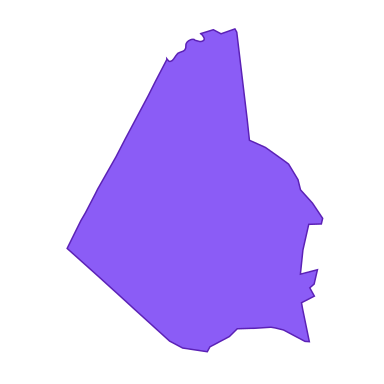 outline of Orange, New York, United States of America, rotated 86°
{"feature_id": "52423323B72877265814635", "entity_name": "Orange", "entity_type": "district", "adm_level": 2, "iso_a3": "USA", "parent_name": "United States of America", "parent_adm1": "New York", "projection": "orthographic", "projection_center": [-74.423, 41.388], "detail": "fine", "context": "isolated", "style": "filled", "palette": "violet", "viewbox_px": 384, "rotation_deg": 86, "n_neighbors": 0, "source": "geoboundaries", "source_scale": "gbopen_adm2", "svg_char_len": 1087}
<svg xmlns="http://www.w3.org/2000/svg" viewBox="0 0 384 384"><g transform="rotate(86 192 192)"><path d="M338.8,164.8L331.6,156.4L332.1,142.9L332.3,139.5L332.4,122.7L333.4,118.5L336.0,110.4L348.9,89.7L349.5,85.4L316.6,89.8L310.1,90.5L304.4,77.2L295.8,81.2L292.4,76.6L278.3,72.3L281.5,89.6L257.6,85.4L232.4,77.8L232.9,65.2L227.4,63.5L211.5,72.6L197.4,83.6L187.1,85.4L170.9,93.7L166.6,98.7L152.7,115.6L144.4,131.1L123.2,131.9L35.7,136.2L32.3,137.8L36.2,152.0L31.6,159.4L34.6,172.3L34.8,172.2L36.2,170.7L38.9,169.3L40.0,169.1L41.0,169.3L41.7,170.1L42.2,171.0L42.4,171.9L42.5,173.5L40.9,178.3L39.9,179.4L39.7,181.3L40.0,182.7L40.9,184.8L41.9,186.2L42.9,187.0L44.1,187.7L47.9,188.2L49.8,189.3L50.8,190.8L52.0,194.8L52.7,196.5L54.8,198.5L58.0,201.0L59.5,202.6L60.2,204.4L60.1,205.6L59.5,206.3L57.4,207.8L58.0,207.8L79.0,220.7L92.5,228.7L134.9,255.2L151.5,265.3L182.5,285.9L187.1,288.6L205.4,299.8L212.9,304.9L221.6,310.0L239.6,320.5L268.3,292.6L293.0,268.9L304.6,257.9L339.2,224.7L347.0,212.2L352.4,187.9L347.7,184.9L338.8,164.8Z" fill="#8b5cf6" stroke="#5b21b6" stroke-width="1.5"/></g></svg>